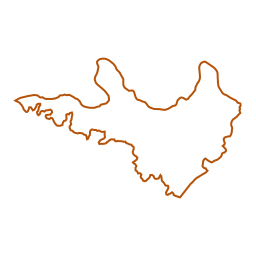 Miguelópolis, São Paulo, Brazil (Mercator projection)
{"feature_id": "56859067B41610080669691", "entity_name": "Miguelópolis", "entity_type": "district", "adm_level": 2, "iso_a3": "BRA", "parent_name": "Brazil", "parent_adm1": "São Paulo", "projection": "mercator", "projection_center": [-48.166, -20.191], "detail": "fine", "context": "isolated", "style": "outline", "palette": "amber", "viewbox_px": 256, "rotation_deg": 0, "n_neighbors": 0, "source": "geoboundaries", "source_scale": "gbopen_adm2", "svg_char_len": 4674}
<svg xmlns="http://www.w3.org/2000/svg" viewBox="0 0 256 256"><path d="M114.8,65.6L113.0,63.4L111.7,62.5L109.3,60.5L106.7,59.2L104.7,58.7L102.2,58.7L99.8,59.2L98.4,60.1L97.1,61.6L97.1,63.3L98.5,66.9L97.4,72.0L96.9,73.6L95.6,75.9L94.8,78.3L94.8,79.8L95.9,82.8L97.1,84.2L101.2,87.7L104.9,91.0L108.5,95.7L108.9,98.1L108.9,100.5L107.4,102.2L106.3,103.4L100.8,104.7L99.6,106.3L97.1,106.8L94.3,107.8L90.1,107.8L86.2,107.1L84.4,106.6L82.8,105.7L81.6,104.8L80.7,103.4L80.3,102.2L79.4,101.0L77.6,99.2L75.1,98.3L73.9,97.3L72.4,96.5L69.6,94.9L66.6,95.2L64.6,94.6L62.7,95.3L60.0,95.4L58.3,97.2L55.0,98.5L51.5,99.0L48.8,98.9L46.3,99.0L44.2,98.4L42.3,97.2L40.8,97.5L39.7,97.2L38.8,96.4L37.5,95.4L34.0,95.0L27.3,96.2L20.7,97.8L19.0,98.5L15.4,100.6L16.9,101.4L18.0,101.9L19.4,102.6L20.4,103.8L21.3,104.7L22.2,106.0L23.2,107.9L23.7,109.4L25.9,111.8L27.2,111.9L28.1,110.8L28.8,108.8L29.3,107.3L31.0,107.4L31.6,108.4L32.9,110.4L34.4,109.6L36.3,106.4L36.7,104.7L38.1,103.8L40.2,103.8L40.3,105.1L39.0,106.8L38.5,109.6L38.1,110.8L37.0,112.0L37.4,114.1L38.4,115.2L39.7,114.3L40.5,112.0L41.7,111.0L42.8,111.0L44.4,111.6L45.6,110.5L47.2,110.3L48.5,110.1L50.3,109.6L51.8,110.8L52.1,112.3L50.3,114.7L49.0,114.7L47.8,114.8L46.1,115.1L45.6,116.4L46.7,118.3L49.5,119.0L50.9,117.8L52.5,118.4L54.0,121.7L55.0,123.4L55.8,124.3L56.6,125.4L58.7,125.8L60.3,125.7L62.4,125.0L62.8,122.9L63.9,121.0L65.2,120.7L66.2,119.9L66.6,118.7L66.3,116.7L66.3,114.7L67.7,114.0L69.0,114.4L69.8,113.1L71.9,112.5L72.4,114.5L71.8,117.0L71.5,119.5L70.6,121.1L70.7,122.7L71.2,124.3L69.7,126.2L69.6,127.7L70.6,130.2L72.5,130.8L73.6,132.1L75.1,132.8L77.7,133.4L79.1,133.0L80.5,133.0L82.5,133.4L84.0,134.6L85.8,135.0L86.5,136.3L86.7,137.5L87.0,139.2L88.2,138.6L88.7,136.8L89.9,134.8L90.0,133.1L90.0,131.5L90.6,130.3L92.0,129.4L94.1,130.0L95.9,129.9L97.2,130.9L98.8,130.5L100.1,131.2L101.4,131.8L102.8,131.9L104.7,131.6L104.6,134.9L105.0,137.2L104.0,138.5L101.7,139.5L100.2,140.3L98.7,142.5L99.4,144.0L101.1,143.8L103.0,143.9L104.9,143.6L106.4,143.0L107.2,141.9L108.4,141.4L109.2,140.3L111.3,139.3L113.1,139.5L114.3,139.4L114.9,140.8L116.1,141.4L117.7,140.9L119.2,141.2L121.7,141.2L123.6,141.8L125.3,141.6L126.3,143.2L127.6,143.4L129.4,144.4L131.4,144.7L132.2,145.9L133.6,146.9L133.7,149.0L133.1,150.8L132.7,152.2L133.4,154.1L134.5,155.4L136.1,156.3L137.4,157.7L136.7,159.6L134.9,161.0L132.9,162.4L133.7,163.4L135.3,164.2L136.4,166.2L135.5,167.8L135.5,169.0L135.6,170.4L137.3,171.6L138.0,173.4L139.9,173.2L141.4,174.5L140.6,176.5L141.2,178.1L142.3,178.9L143.1,180.7L145.0,181.2L146.5,180.5L147.2,179.4L148.4,178.7L149.6,177.3L150.4,175.0L152.1,175.0L153.6,176.0L154.0,177.5L155.2,178.8L157.2,178.8L158.7,178.4L159.3,177.2L160.4,175.1L161.3,176.3L161.8,180.1L162.3,181.4L163.5,182.3L165.6,185.6L167.9,185.7L168.5,187.4L168.0,188.8L166.0,192.4L166.4,194.4L167.8,194.9L168.9,194.1L170.4,193.5L172.0,192.3L173.2,193.2L173.8,195.1L175.9,196.0L178.5,196.9L180.1,197.3L190.9,183.5L192.5,182.3L193.6,180.9L195.4,179.0L196.9,177.8L199.0,176.6L201.2,175.2L203.9,173.6L206.1,172.3L207.5,170.7L206.3,169.6L205.9,168.4L204.4,168.2L203.2,167.2L202.5,165.8L202.8,164.2L203.3,160.8L204.3,159.2L205.4,158.5L207.6,160.2L209.7,161.5L211.6,162.4L213.4,161.5L214.4,160.7L216.0,160.2L217.5,159.6L218.7,158.7L219.9,157.7L220.8,156.8L221.7,155.3L221.8,154.0L222.8,152.9L224.7,152.4L226.1,150.8L225.7,149.2L224.4,147.6L222.7,146.0L224.5,144.4L224.8,142.9L224.0,141.0L223.7,139.2L224.5,137.6L226.4,136.9L228.4,136.4L229.8,136.4L230.6,135.4L231.3,133.8L231.8,131.9L231.9,130.1L232.2,128.3L231.8,126.7L231.2,125.3L231.3,122.9L231.7,121.5L232.4,120.3L233.4,119.1L234.5,118.4L235.6,117.6L237.0,116.5L238.1,115.2L239.1,114.0L240.3,113.1L239.4,110.2L240.1,109.0L239.5,107.2L240.4,106.2L240.6,105.0L240.4,103.6L239.0,103.0L237.6,102.7L236.1,100.6L230.5,97.8L226.5,95.2L224.5,94.5L223.2,93.6L222.1,92.5L218.8,87.1L218.4,85.8L218.0,82.9L217.7,77.5L217.6,74.0L217.4,72.4L216.4,70.4L214.8,68.4L213.1,67.0L205.5,61.8L203.7,61.7L202.0,62.6L200.8,63.5L199.5,65.9L199.2,67.6L199.9,75.4L200.0,77.7L199.6,79.4L199.0,81.1L197.2,83.7L195.5,87.3L195.2,90.2L194.0,91.6L192.0,94.2L190.6,95.6L189.2,97.2L187.9,99.0L186.2,99.6L184.7,98.9L183.3,98.0L181.7,97.5L180.3,97.8L179.3,98.6L178.2,99.7L177.5,100.6L176.4,104.2L175.4,105.4L172.9,106.0L167.8,109.0L165.2,109.8L162.9,109.7L159.4,109.1L157.7,109.1L153.8,108.9L150.8,107.8L149.2,107.1L148.0,106.0L146.8,104.2L145.4,102.5L144.1,101.9L142.2,101.4L139.8,100.2L138.4,100.0L136.7,99.1L135.4,96.6L134.4,93.0L133.8,91.5L132.6,90.5L131.4,90.5L128.9,90.8L124.6,87.6L123.9,86.3L123.3,84.8L123.3,79.8L123.1,78.4L122.2,77.3L119.7,72.6L118.1,70.9L117.1,70.0L116.1,68.3L115.6,66.8L114.8,65.6Z" fill="none" stroke="#b45309" stroke-width="2"/></svg>